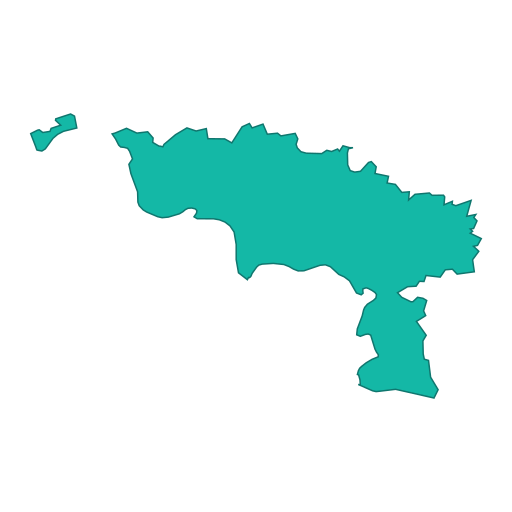 map outline of Hainaut (Equal Earth projection)
{"feature_id": "BEL-2", "entity_name": "Hainaut", "entity_type": "Province", "adm_level": 1, "iso_a3": "BEL", "parent_name": "Belgium", "parent_adm1": "", "projection": "equal_earth", "projection_center": [3.881, 50.373], "detail": "fine", "context": "isolated", "style": "filled", "palette": "teal", "viewbox_px": 512, "rotation_deg": 0, "n_neighbors": 0, "source": "natural_earth", "source_scale": "10m", "svg_char_len": 2859}
<svg xmlns="http://www.w3.org/2000/svg" viewBox="0 0 512 512"><path d="M162.1,217.7L157.7,216.7L146.6,212.0L143.2,209.9L139.2,205.7L137.9,202.1L137.6,191.8L130.9,173.6L128.9,164.3L132.5,158.9L129.6,151.3L127.6,148.3L124.2,147.4L120.7,147.0L118.7,145.1L115.6,139.0L112.1,133.9L115.2,133.0L126.5,128.3L136.9,133.1L147.7,131.8L153.1,138.0L152.7,142.4L159.0,146.1L160.4,146.2L162.9,146.8L164.0,144.4L175.5,134.7L186.9,127.9L196.1,131.0L206.3,128.6L207.9,138.7L224.7,138.9L231.8,142.9L242.1,126.8L249.4,123.5L252.1,127.9L263.0,124.1L267.3,134.2L277.5,133.2L280.9,135.9L295.2,133.4L297.8,138.9L296.1,144.3L297.3,147.9L300.9,151.7L306.3,153.2L321.7,153.6L326.8,150.3L331.6,151.5L337.6,149.0L339.4,151.2L343.0,145.8L349.8,147.7L353.0,147.7L348.4,148.8L347.4,153.0L347.7,164.9L350.2,170.6L354.7,172.1L360.5,171.3L368.5,162.5L371.3,161.6L376.2,166.8L375.0,173.5L388.5,176.3L387.1,183.0L395.4,184.4L401.8,192.4L409.3,191.8L408.6,200.0L415.0,194.3L429.4,193.0L432.0,195.3L443.5,195.2L444.7,196.9L444.0,204.8L452.4,201.3L452.1,204.3L455.8,205.7L471.1,200.4L466.7,216.3L475.8,214.5L473.8,217.5L477.0,220.9L473.6,228.5L470.2,229.0L472.6,231.3L470.2,233.2L481.3,238.6L477.5,245.4L473.5,246.3L478.8,251.3L472.6,259.7L474.3,271.8L457.1,274.1L452.4,269.2L445.3,269.8L440.2,277.1L426.0,275.5L424.0,281.5L419.4,281.3L416.1,286.2L407.6,286.7L397.5,292.7L401.7,297.3L411.0,301.8L412.9,301.7L417.6,297.3L423.0,298.3L426.7,300.5L423.6,310.9L425.7,315.6L416.4,321.4L426.2,335.3L422.9,340.9L423.2,353.9L424.3,359.2L428.5,360.4L430.6,377.2L438.1,389.7L434.7,396.6L433.9,397.9L433.9,398.0L395.6,389.3L379.8,391.2L376.1,391.6L372.6,390.8L358.3,384.5L358.5,384.5L360.3,384.7L360.0,379.9L358.6,374.9L357.4,374.5L358.4,370.7L359.7,368.2L361.6,366.4L366.2,362.8L372.1,359.3L378.2,356.8L378.3,354.7L376.5,352.1L375.0,349.1L370.7,335.1L368.2,334.0L365.4,334.4L360.3,336.3L356.7,334.8L357.3,328.9L362.2,315.9L363.6,310.0L364.7,307.4L367.4,304.2L373.4,300.4L375.9,298.0L376.5,294.6L375.0,292.5L371.8,290.3L368.4,288.5L366.1,287.8L362.9,288.9L362.8,291.0L363.1,293.2L361.2,294.8L356.5,293.0L349.5,280.8L344.3,276.9L338.8,274.4L330.4,266.7L325.4,264.8L320.0,265.3L303.9,270.8L298.1,270.9L293.5,269.1L289.2,266.6L283.9,264.5L273.3,263.4L262.2,264.1L258.8,265.1L256.7,267.0L252.1,273.4L251.0,276.1L250.3,277.0L249.2,277.7L248.8,277.4L248.4,277.6L247.4,279.7L238.5,272.8L236.2,259.6L236.2,244.5L234.1,232.0L230.0,225.9L224.9,222.0L219.4,219.8L213.6,218.8L197.2,218.7L194.0,216.8L196.5,213.2L196.9,210.6L195.3,208.9L191.6,208.0L188.0,208.3L185.4,209.6L182.9,211.7L179.4,213.8L168.3,217.1L162.1,217.7ZM41.9,151.0L38.0,150.3L36.8,149.9L35.8,146.9L30.7,133.6L37.5,130.2L39.2,129.8L42.8,132.5L50.0,131.4L51.1,128.4L60.7,125.2L55.5,120.3L55.8,118.8L70.6,114.0L74.5,116.1L76.6,126.9L76.8,128.0L63.5,131.3L57.7,134.3L53.0,138.3L45.3,148.9L41.9,151.0Z" fill="#14b8a6" stroke="#0f766e" stroke-width="1.5"/></svg>